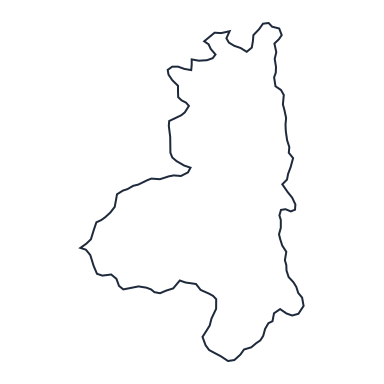 the district of Chavantes, São Paulo, Brazil
{"feature_id": "56859067B36846089677549", "entity_name": "Chavantes", "entity_type": "district", "adm_level": 2, "iso_a3": "BRA", "parent_name": "Brazil", "parent_adm1": "São Paulo", "projection": "mercator", "projection_center": [-49.726, -23.042], "detail": "fine", "context": "isolated", "style": "outline", "palette": "slate", "viewbox_px": 384, "rotation_deg": 0, "n_neighbors": 0, "source": "geoboundaries", "source_scale": "gbopen_adm2", "svg_char_len": 2086}
<svg xmlns="http://www.w3.org/2000/svg" viewBox="0 0 384 384"><path d="M80.4,247.9L85.9,249.7L90.3,255.1L93.6,265.8L97.0,273.8L102.4,275.6L111.2,274.5L116.4,278.8L119.0,285.9L123.3,289.4L138.6,286.4L146.5,287.7L151.0,289.4L154.5,292.2L160.1,293.2L165.9,290.7L173.2,288.4L179.8,280.5L185.5,282.5L196.0,284.0L200.6,289.9L209.1,293.7L213.1,295.9L216.2,299.2L216.1,308.9L211.5,318.5L209.7,325.5L207.0,329.9L202.5,336.9L205.6,345.3L209.1,350.0L213.3,352.3L220.9,356.3L228.0,361.0L234.4,360.0L240.4,354.6L244.0,349.5L251.3,347.3L256.3,343.1L260.3,340.4L263.2,335.9L265.1,328.9L268.4,323.2L272.5,321.2L274.0,313.3L280.1,309.1L286.5,313.5L292.2,315.5L298.4,313.8L303.6,305.9L302.1,297.6L298.2,292.9L296.3,286.9L293.4,282.2L288.6,277.0L286.5,270.5L286.3,265.1L284.9,260.2L286.3,251.8L282.2,245.5L280.1,238.8L279.0,234.3L280.8,227.8L280.8,219.9L279.4,215.4L281.0,209.9L285.5,209.2L290.8,211.4L295.0,209.7L295.4,204.5L292.2,197.7L287.6,192.0L282.3,184.3L287.0,179.6L288.1,173.9L290.6,167.2L293.1,158.1L288.8,152.8L289.3,147.1L287.1,140.2L285.8,131.2L285.5,124.7L286.1,118.0L284.5,110.4L282.9,104.4L283.8,95.0L281.0,90.0L275.5,86.3L274.1,77.4L275.8,72.6L276.0,66.9L274.7,58.9L276.3,52.2L274.4,43.6L279.0,39.1L281.7,35.1L279.2,28.5L272.1,26.7L268.6,23.0L263.0,23.7L258.9,29.4L253.4,35.1L252.9,41.1L251.8,47.6L246.7,51.8L240.6,48.0L234.2,45.8L228.9,42.6L226.4,38.3L229.6,31.2L225.3,32.2L221.0,33.1L214.6,32.7L204.2,41.3L208.6,44.3L210.7,48.9L215.5,54.5L212.7,58.2L207.0,60.2L198.8,60.7L191.7,59.4L191.7,64.9L191.2,70.1L184.3,68.9L178.2,66.7L172.2,66.7L167.7,69.9L168.5,74.6L172.2,80.1L178.0,85.8L178.0,91.7L178.2,97.2L181.6,100.4L186.0,102.6L188.9,105.9L184.8,112.4L181.2,115.3L169.2,121.0L168.8,125.8L170.2,136.9L170.4,152.8L172.3,157.5L176.5,161.1L184.1,165.5L190.5,167.7L188.0,172.4L180.9,176.0L173.8,175.4L168.6,176.4L164.7,177.7L159.9,179.2L151.4,178.6L147.5,180.1L138.2,184.6L133.2,185.8L127.5,189.1L122.9,190.6L117.0,194.3L116.0,200.0L114.7,206.9L110.3,212.6L105.0,217.4L101.2,220.1L96.4,222.3L93.9,229.6L90.9,239.3L86.3,243.7L80.4,247.9Z" fill="none" stroke="#1e293b" stroke-width="2"/></svg>